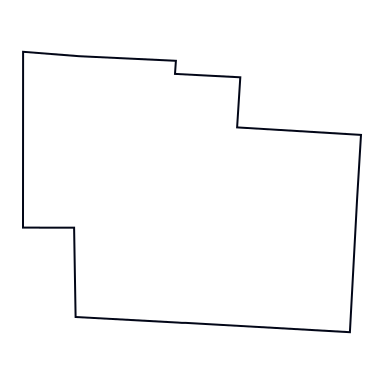 Delaware, Ohio, United States of America
{"feature_id": "52423323B18396846916905", "entity_name": "Delaware", "entity_type": "district", "adm_level": 2, "iso_a3": "USA", "parent_name": "United States of America", "parent_adm1": "Ohio", "projection": "equal_earth", "projection_center": [-83.011, 40.285], "detail": "fine", "context": "isolated", "style": "outline", "palette": "ink", "viewbox_px": 384, "rotation_deg": 0, "n_neighbors": 0, "source": "geoboundaries", "source_scale": "gbopen_adm2", "svg_char_len": 320}
<svg xmlns="http://www.w3.org/2000/svg" viewBox="0 0 384 384"><path d="M175.9,60.8L79.1,56.2L23.1,51.8L23.0,227.6L74.1,227.7L75.6,317.0L178.4,322.6L182.2,322.9L186.3,322.9L209.1,324.2L349.9,332.2L357.1,198.9L361.0,134.9L237.1,127.4L240.3,77.3L175.0,73.9L175.9,60.8Z" fill="none" stroke="#020617" stroke-width="2"/></svg>